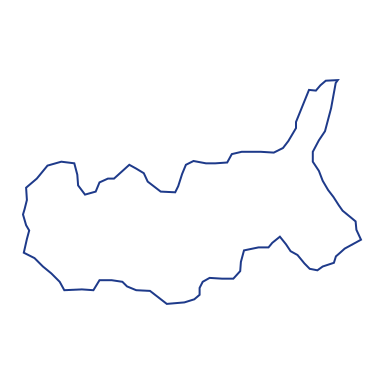 Cheongdo-gun, North Gyeongsang, South Korea
{"feature_id": "91817680B59018342058044", "entity_name": "Cheongdo-gun", "entity_type": "district", "adm_level": 2, "iso_a3": "KOR", "parent_name": "South Korea", "parent_adm1": "North Gyeongsang", "projection": "mercator", "projection_center": [128.808, 35.699], "detail": "fine", "context": "isolated", "style": "outline", "palette": "blue", "viewbox_px": 384, "rotation_deg": 0, "n_neighbors": 0, "source": "geoboundaries", "source_scale": "gbopen_adm2", "svg_char_len": 1330}
<svg xmlns="http://www.w3.org/2000/svg" viewBox="0 0 384 384"><path d="M337.8,80.1L325.8,80.7L320.4,85.3L315.9,90.6L309.0,89.9L296.0,122.0L296.0,128.1L288.3,141.1L283.0,148.0L273.8,152.6L260.8,151.8L250.9,151.8L241.7,151.8L231.8,154.1L227.2,162.5L215.7,163.3L205.8,163.3L193.5,161.0L185.9,164.8L182.1,174.0L178.2,186.2L175.2,192.3L160.7,191.6L147.7,181.6L143.8,173.2L136.2,168.6L129.3,164.8L114.0,178.6L107.9,178.6L99.5,182.4L95.7,191.6L85.0,194.6L78.1,185.4L77.3,174.7L74.3,163.3L61.3,161.7L47.5,165.6L36.8,178.6L26.1,187.7L26.9,200.0L24.6,209.1L24.3,210.1L23.0,214.5L26.1,225.2L29.2,230.5L26.9,239.0L23.8,252.7L34.5,258.1L42.9,266.5L51.3,273.4L59.7,281.8L64.3,290.2L81.9,289.4L93.4,290.2L99.5,280.2L111.7,280.2L122.4,281.8L127.0,286.4L136.2,290.2L150.0,290.9L166.8,303.9L184.4,302.4L194.3,299.3L199.6,294.8L199.6,287.9L202.7,281.8L209.6,277.9L222.6,278.7L233.3,278.7L240.2,271.1L240.9,261.9L244.0,250.4L258.5,247.4L268.5,247.4L272.3,242.8L279.9,236.7L286.0,244.3L290.6,251.2L297.5,255.0L304.4,263.4L309.7,268.8L317.4,270.3L322.7,266.5L333.9,262.8L335.9,256.4L339.8,253.0L344.7,248.6L361.0,239.7L356.4,229.8L355.6,221.4L342.6,210.7L338.8,205.3L333.4,196.9L328.1,190.0L322.7,180.8L318.9,170.9L312.8,161.7L312.8,151.8L318.9,140.3L325.0,131.2L331.1,108.2L335.7,83.0L337.8,80.1Z" fill="none" stroke="#1e3a8a" stroke-width="2"/></svg>